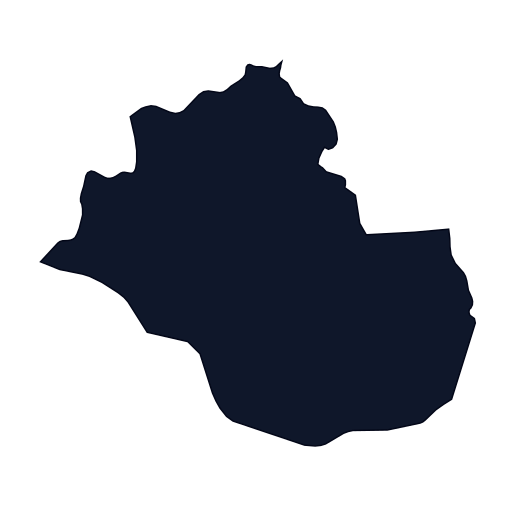 Đắk Lắk, Robinson projection, rotated 177°
{"feature_id": "VNM-477", "entity_name": "Đắk Lắk", "entity_type": "Province", "adm_level": 1, "iso_a3": "VNM", "parent_name": "Vietnam", "parent_adm1": "", "projection": "robinson", "projection_center": [108.237, 12.77], "detail": "fine", "context": "isolated", "style": "filled", "palette": "ink", "viewbox_px": 512, "rotation_deg": 177, "n_neighbors": 0, "source": "natural_earth", "source_scale": "10m", "svg_char_len": 2002}
<svg xmlns="http://www.w3.org/2000/svg" viewBox="0 0 512 512"><g transform="rotate(177 256 256)"><path d="M62.2,272.7L61.6,263.4L61.8,255.0L61.1,246.8L57.4,238.1L49.7,228.4L47.9,224.7L46.8,220.0L45.7,210.6L42.7,202.7L42.1,199.3L42.5,195.9L44.2,192.8L45.6,191.6L46.2,189.9L46.2,187.9L45.5,185.6L41.2,182.1L40.5,177.6L68.2,102.7L76.6,98.0L84.6,92.9L95.7,83.3L98.1,81.6L100.8,80.6L133.9,75.4L168.4,76.7L173.2,75.9L177.9,74.4L196.4,64.7L201.2,63.5L206.9,63.2L217.4,64.6L287.6,92.4L293.8,97.4L299.9,106.0L303.5,113.3L306.6,121.4L317.0,161.3L328.6,174.1L368.6,185.5L386.2,216.9L390.0,221.7L395.6,226.6L411.4,237.9L423.4,244.5L430.1,247.0L452.7,252.8L471.5,261.5L453.2,279.3L451.0,280.7L448.5,281.3L442.9,281.3L440.3,281.6L438.1,282.3L435.8,283.7L433.5,287.3L431.0,293.0L427.0,306.1L426.7,312.3L427.2,316.9L428.3,319.5L428.2,322.9L427.1,327.4L424.4,334.6L421.6,345.0L419.8,347.9L416.2,349.5L412.9,348.5L403.0,342.4L400.3,341.3L397.5,341.2L394.6,341.7L391.6,343.0L386.7,345.9L384.7,346.5L382.9,346.5L376.8,345.1L374.7,345.3L372.9,346.9L371.5,349.9L370.2,356.3L369.6,367.6L370.7,381.0L374.3,401.7L362.7,409.3L358.4,410.6L353.0,411.5L348.1,410.6L334.6,404.1L329.0,402.5L324.5,403.1L320.4,404.9L304.4,420.1L299.8,422.8L295.0,423.3L283.5,421.0L279.9,421.5L276.1,423.6L271.9,427.0L263.7,431.6L259.7,434.6L257.3,437.4L256.6,440.1L255.8,445.2L254.2,447.2L252.5,447.6L250.8,447.0L248.7,445.8L246.1,445.0L240.3,444.7L232.4,442.6L228.5,442.8L225.8,444.0L222.9,446.5L220.1,448.8L221.2,445.4L221.7,442.7L222.7,439.9L223.4,436.8L223.1,433.5L221.9,432.3L215.6,427.2L210.8,417.6L208.9,413.8L203.7,410.7L200.6,405.5L196.0,403.1L190.7,401.8L186.5,401.4L182.1,400.4L178.9,397.9L171.8,385.8L170.1,380.7L169.1,375.1L168.7,368.3L170.2,363.6L173.8,360.1L178.1,358.8L181.9,361.0L184.7,357.1L188.1,350.5L189.5,344.3L186.5,341.6L185.0,340.6L181.5,336.4L166.7,331.0L163.4,328.4L162.8,326.5L163.0,322.5L163.8,319.6L153.6,311.5L150.7,283.1L144.8,271.4L96.5,271.4L62.2,272.7Z" fill="#0f172a" stroke="#020617" stroke-width="1.5"/></g></svg>